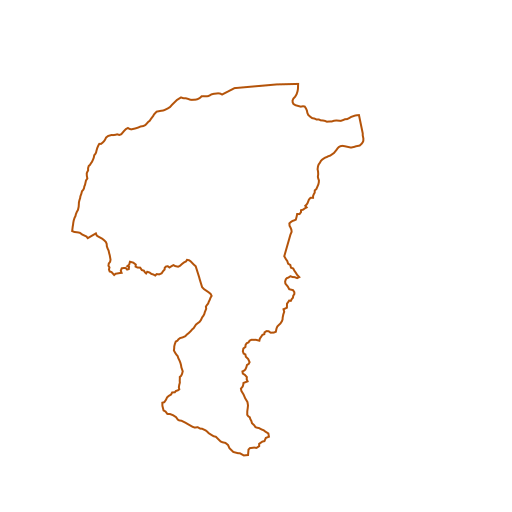 Montividiu, Goiás, Brazil (Natural Earth projection), rotated 154°
{"feature_id": "56859067B59325269621786", "entity_name": "Montividiu", "entity_type": "district", "adm_level": 2, "iso_a3": "BRA", "parent_name": "Brazil", "parent_adm1": "Goiás", "projection": "natural_earth1", "projection_center": [-51.165, -17.245], "detail": "fine", "context": "isolated", "style": "outline", "palette": "amber", "viewbox_px": 512, "rotation_deg": 154, "n_neighbors": 0, "source": "geoboundaries", "source_scale": "gbopen_adm2", "svg_char_len": 6143}
<svg xmlns="http://www.w3.org/2000/svg" viewBox="0 0 512 512"><g transform="rotate(154 256 256)"><path d="M106.3,319.5L101.7,337.5L103.7,338.3L105.4,338.8L109.5,339.3L111.8,339.1L114.1,339.1L116.0,339.9L118.2,340.0L120.6,340.3L124.4,342.6L126.7,343.4L128.9,343.7L131.5,344.9L133.4,345.6L134.8,347.2L136.5,348.5L138.3,349.5L139.7,351.2L141.7,352.1L143.2,353.9L145.1,355.3L146.2,357.4L147.2,359.9L147.1,362.1L146.5,364.4L146.4,366.6L146.7,369.0L148.1,370.0L150.3,370.6L154.4,374.2L155.7,376.2L155.7,378.0L155.0,379.7L153.4,381.1L151.0,382.0L148.6,383.6L146.5,385.8L145.1,387.7L142.7,392.2L162.1,401.1L201.7,416.3L215.7,416.0L217.0,417.7L218.7,418.8L220.7,419.5L222.9,420.3L225.2,420.8L227.4,420.6L229.1,420.7L230.8,421.4L232.9,422.5L234.9,423.4L236.6,422.8L238.1,422.6L239.9,422.6L241.7,423.0L245.3,424.5L246.7,425.4L248.1,426.9L249.9,428.5L252.2,429.7L253.9,431.4L258.7,430.9L265.3,428.7L267.9,427.6L270.5,427.3L274.3,427.3L275.8,427.5L277.9,428.2L282.0,429.3L283.7,428.7L285.7,427.9L286.9,427.0L290.3,425.3L292.3,424.1L294.0,423.8L295.9,423.0L298.0,422.2L300.3,422.2L303.0,423.0L305.5,423.1L307.0,423.3L308.8,423.6L312.6,424.5L314.0,425.7L315.0,427.2L317.3,427.1L319.6,426.3L323.7,424.5L325.8,424.7L327.4,426.2L329.0,426.5L330.9,427.1L332.9,428.1L336.3,428.7L338.8,428.2L340.7,426.7L342.3,425.8L344.0,425.2L346.1,424.7L347.7,425.5L349.3,424.4L351.3,422.7L353.2,420.6L354.4,419.1L355.8,418.1L357.2,417.5L358.7,415.5L360.1,414.2L362.2,412.5L363.9,411.6L365.2,410.7L366.8,410.3L368.4,408.6L369.4,406.5L370.7,405.6L371.9,404.5L372.9,402.2L373.6,399.6L375.7,398.4L378.5,394.9L379.8,393.8L380.8,392.4L382.1,391.3L384.0,390.5L385.8,388.4L387.7,386.6L388.7,385.1L390.1,383.7L391.6,381.9L392.7,379.9L393.8,378.0L395.8,375.5L397.7,374.2L399.6,372.5L400.7,371.1L402.4,369.8L404.3,367.8L405.7,365.9L406.8,364.2L407.9,362.7L410.3,359.0L408.8,357.3L405.6,355.2L404.1,354.0L402.8,351.5L399.8,347.8L399.4,345.8L390.0,346.5L390.2,344.2L389.3,342.7L386.6,338.9L385.5,336.5L384.8,334.4L384.9,332.4L385.8,330.1L386.1,327.6L386.1,325.5L386.8,322.7L387.1,320.9L388.4,316.4L389.7,314.7L391.6,313.8L392.9,311.9L392.7,310.0L394.1,308.3L394.3,306.2L392.9,304.9L391.8,301.1L390.0,301.6L385.9,300.4L384.2,299.8L384.0,302.0L382.1,303.8L379.9,303.1L378.3,302.2L377.8,300.3L376.1,300.0L374.9,301.9L376.0,303.3L373.8,303.8L371.8,306.1L369.2,303.8L367.8,301.0L368.9,299.3L367.6,297.6L365.2,296.3L364.8,293.4L363.2,292.0L363.0,290.1L362.4,288.5L360.7,289.5L358.9,287.8L357.9,285.8L356.3,284.3L355.1,282.6L353.3,283.3L351.0,281.9L348.4,281.8L346.2,283.1L344.1,283.9L343.2,285.4L341.6,286.0L339.8,285.5L338.8,283.6L336.3,283.9L334.2,284.0L333.1,282.4L330.7,280.5L328.7,280.5L325.9,281.3L323.4,281.8L321.2,281.8L319.7,282.8L318.0,281.5L317.1,279.9L315.7,275.6L314.7,273.2L316.4,261.8L316.8,259.8L318.1,251.6L317.3,249.1L314.5,244.2L313.4,241.8L313.4,239.6L315.1,238.5L316.9,236.8L318.6,235.5L319.9,234.2L321.3,233.6L323.2,232.5L323.9,230.4L326.7,227.9L327.8,226.6L329.4,225.4L331.2,224.5L333.7,222.5L335.7,221.5L337.6,221.2L340.0,220.7L343.8,218.4L345.3,218.1L347.6,217.1L350.3,216.2L352.6,215.7L354.7,214.9L357.6,215.0L360.2,215.5L362.3,215.1L363.8,214.3L365.6,214.3L367.5,212.5L369.1,210.6L370.0,208.9L371.2,207.1L371.1,204.6L370.8,202.3L370.3,200.4L370.6,198.3L370.6,195.3L370.8,193.1L371.2,190.9L371.9,188.6L372.4,184.5L374.2,182.4L375.9,181.1L377.5,180.7L378.3,179.0L379.2,177.4L380.0,175.5L381.5,173.8L382.9,171.8L383.4,169.8L385.1,169.5L387.2,169.8L388.7,169.1L391.2,170.1L393.1,168.7L395.8,168.5L397.9,167.9L400.0,166.2L402.5,164.8L404.5,165.2L405.8,162.4L406.8,157.7L405.5,155.9L404.9,152.9L402.5,151.6L400.3,149.2L398.5,146.2L398.0,143.2L397.1,141.9L395.2,140.6L392.5,137.1L390.9,134.7L387.9,130.3L386.2,128.6L383.5,127.7L381.8,125.3L380.2,124.4L377.7,121.3L376.8,119.4L376.2,117.5L374.1,114.1L373.1,112.6L371.3,111.1L370.2,107.9L369.1,104.8L367.8,103.3L365.4,101.4L364.0,98.4L364.1,94.8L362.3,89.8L358.7,86.7L356.9,85.7L354.4,82.1L350.4,80.6L347.6,85.3L345.7,86.0L343.4,85.2L341.6,84.6L339.7,83.3L336.5,83.7L335.5,85.8L331.6,86.4L329.6,85.9L326.9,88.2L323.6,87.9L322.7,91.1L324.6,94.1L325.5,96.0L326.8,97.4L327.8,98.7L328.7,100.0L330.3,101.2L331.5,102.4L331.8,104.6L332.9,107.5L332.5,109.8L332.6,111.8L332.3,113.8L333.2,115.3L333.5,117.1L331.9,120.3L330.2,122.8L328.7,125.2L327.7,128.5L328.1,132.9L327.9,137.0L328.3,141.1L327.7,143.4L325.2,144.5L323.9,145.9L322.9,147.4L318.5,147.0L318.4,149.3L317.3,151.2L318.1,154.0L319.4,156.1L318.8,158.2L316.9,158.2L315.4,158.6L313.5,160.2L311.9,162.0L309.9,162.2L308.3,163.4L308.2,166.9L309.3,169.9L308.7,172.2L309.9,173.7L309.6,176.1L307.9,178.4L305.4,178.9L304.3,180.7L302.6,181.7L300.6,181.6L298.9,182.7L296.9,182.7L294.5,181.5L292.8,180.7L290.1,178.4L288.7,180.1L286.9,181.1L284.8,182.3L282.8,182.1L281.8,183.6L279.5,183.9L277.6,182.8L276.5,180.7L273.7,179.4L271.4,179.2L269.3,181.9L267.7,183.3L265.4,184.1L263.7,184.6L261.2,186.1L259.9,187.4L259.0,189.0L257.0,191.6L255.1,193.5L254.6,196.1L253.1,196.0L250.9,196.0L249.0,199.6L247.2,200.5L245.7,201.4L244.4,200.4L242.8,201.6L241.1,202.3L239.9,204.0L238.2,205.0L237.4,206.7L237.7,209.1L240.7,211.6L240.8,214.5L241.7,218.3L241.0,220.3L239.4,222.0L238.0,222.6L236.4,222.4L233.9,222.7L232.3,221.0L230.6,220.1L228.7,218.1L226.4,218.1L227.3,221.0L227.6,223.8L228.0,226.1L228.0,228.4L229.7,230.2L229.1,232.9L230.5,235.0L230.1,237.9L230.5,239.9L230.7,243.4L215.7,260.1L213.4,262.1L212.7,264.0L212.5,266.4L212.6,268.4L211.7,270.7L209.6,271.3L207.8,271.5L206.3,271.3L204.3,271.2L202.2,273.6L200.6,275.7L198.5,274.6L196.3,275.7L195.5,277.4L193.3,277.0L191.3,277.4L189.2,277.5L189.7,279.5L187.9,280.1L186.4,281.0L183.7,283.5L181.5,284.4L179.2,283.3L178.4,284.9L177.0,286.2L175.5,287.2L174.4,289.2L172.4,289.7L168.6,293.0L167.3,294.6L166.3,296.4L166.1,298.3L165.7,300.0L164.2,302.3L163.2,304.7L162.6,307.0L161.0,309.4L159.6,310.8L157.7,311.8L156.0,313.0L154.4,313.6L152.6,313.9L150.6,314.1L148.9,313.9L147.4,314.0L145.3,313.7L140.8,314.4L137.1,316.1L135.5,317.0L133.9,317.6L132.0,317.7L130.0,317.1L127.9,315.6L123.1,311.8L119.8,311.0L118.1,310.8L114.4,309.8L111.8,310.6L110.3,311.4L109.1,312.4L108.0,314.5L107.2,317.6L106.3,319.5Z" fill="none" stroke="#b45309" stroke-width="2"/></g></svg>